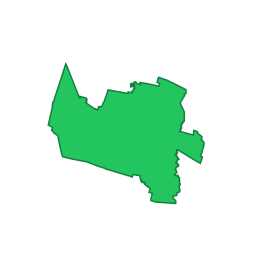 the district of Racari, Dâmbovita, Romania, rotated 52°
{"feature_id": "2599482B12647526032204", "entity_name": "Racari", "entity_type": "district", "adm_level": 2, "iso_a3": "ROU", "parent_name": "Romania", "parent_adm1": "Dâmbovita", "projection": "robinson", "projection_center": [25.768, 44.664], "detail": "fine", "context": "isolated", "style": "filled", "palette": "green", "viewbox_px": 256, "rotation_deg": 52, "n_neighbors": 0, "source": "geoboundaries", "source_scale": "gbopen_adm2", "svg_char_len": 5638}
<svg xmlns="http://www.w3.org/2000/svg" viewBox="0 0 256 256"><g transform="rotate(52 128 128)"><path d="M117.4,191.7L128.6,181.9L130.7,180.4L130.8,180.5L132.0,179.7L135.5,177.5L138.1,176.1L141.9,173.6L145.2,171.2L146.4,170.9L152.9,166.2L153.7,165.8L154.5,165.3L155.5,164.3L157.1,163.5L157.9,162.5L159.0,162.0L159.9,161.2L161.5,160.2L163.8,158.5L164.8,157.9L165.8,157.0L169.3,154.8L168.0,153.5L168.0,153.4L168.4,152.1L172.9,148.0L173.5,148.2L174.8,149.3L175.9,149.4L176.1,149.5L176.3,149.9L176.5,150.0L177.0,149.8L177.3,149.2L177.7,149.1L177.9,149.1L178.0,149.3L177.9,149.6L177.7,149.9L177.7,150.2L177.8,150.4L178.4,150.4L178.9,150.2L179.2,150.5L179.7,150.4L180.5,149.6L180.5,149.3L180.4,148.9L180.4,148.7L180.5,148.6L181.1,148.6L181.2,148.8L181.0,149.1L181.3,149.2L181.5,149.1L181.8,148.4L182.1,148.3L182.5,148.7L183.0,148.8L183.0,149.1L182.7,149.3L182.9,149.5L186.6,148.6L189.5,147.7L190.4,149.3L190.5,149.4L191.6,151.0L194.6,149.2L196.7,151.9L197.3,152.9L199.3,154.6L203.0,152.1L208.7,145.9L216.8,136.9L216.7,136.6L216.4,136.4L215.1,135.7L214.9,135.3L213.3,135.3L212.2,135.5L211.2,135.5L210.9,135.3L210.0,135.1L209.6,134.8L209.5,134.5L209.5,134.3L209.9,133.7L209.7,133.1L209.8,132.9L210.7,132.2L211.1,131.3L210.8,130.6L210.2,130.1L209.5,129.9L209.3,129.2L209.3,128.8L209.6,128.5L209.7,128.2L209.9,128.0L210.0,127.8L209.8,127.3L210.0,126.5L209.3,126.4L208.8,125.3L208.7,125.1L208.4,124.9L207.2,124.7L207.1,124.4L206.9,124.3L206.7,124.4L206.4,124.4L206.0,124.1L205.9,123.8L205.7,123.6L205.0,123.4L205.0,123.1L205.1,122.9L204.9,122.0L204.2,121.4L203.8,121.1L202.9,121.2L202.1,120.8L201.9,120.3L201.4,119.6L200.8,119.4L200.0,119.3L199.9,119.3L199.9,119.0L199.1,118.2L198.4,118.1L197.9,118.2L197.7,118.5L196.8,118.2L196.5,118.0L195.9,117.8L195.7,118.1L195.9,118.9L195.2,119.8L194.6,119.8L194.1,120.2L193.2,119.8L193.0,119.5L193.3,119.3L193.5,118.6L193.0,116.8L192.1,116.6L191.6,116.3L191.1,116.1L189.7,116.1L189.4,115.9L189.3,115.7L189.1,115.3L189.2,114.8L188.9,114.5L188.7,114.2L189.0,113.6L188.8,112.6L188.7,112.2L189.0,112.1L189.1,111.7L188.5,111.6L188.3,111.4L188.2,111.6L187.9,111.6L187.6,111.0L187.4,110.9L187.5,110.8L186.9,110.8L186.3,111.4L185.6,111.9L185.1,112.1L184.8,111.9L184.7,111.7L184.9,111.2L184.9,110.0L183.8,109.1L183.7,108.7L183.8,108.0L184.1,107.6L184.1,107.4L183.5,107.6L183.4,107.5L183.4,107.0L183.3,106.9L183.0,106.9L182.7,107.0L182.7,107.4L182.6,107.6L182.2,107.4L181.9,107.7L181.7,107.5L181.4,107.5L180.7,107.3L180.6,107.1L180.7,106.9L180.6,106.7L180.3,106.6L179.6,106.7L179.0,106.5L178.7,106.9L178.7,106.5L178.5,106.4L178.0,106.7L177.9,106.6L178.1,106.2L177.6,105.8L177.7,105.7L178.2,105.7L178.4,105.6L178.3,105.3L178.2,105.2L177.8,105.2L177.7,105.1L178.0,104.8L178.0,104.4L177.9,104.2L177.2,104.1L176.6,103.5L176.0,103.8L175.9,103.7L176.1,103.4L176.0,103.2L175.4,103.3L175.3,103.2L175.5,103.0L175.6,102.4L176.1,102.1L192.2,96.1L200.4,92.8L196.7,87.2L194.9,88.0L192.7,84.7L192.3,84.0L191.9,83.6L190.9,82.5L189.3,79.9L187.8,78.8L187.5,77.9L187.1,77.6L186.1,77.2L185.5,76.9L185.3,77.0L184.5,77.5L184.3,77.4L184.0,77.0L183.8,77.0L183.3,77.4L182.7,77.4L182.2,77.6L182.0,76.8L181.8,76.3L180.9,75.6L180.6,75.2L180.0,75.2L178.6,75.4L177.8,75.7L176.5,76.1L175.7,76.5L175.5,76.4L174.7,75.7L174.1,75.7L173.6,75.6L173.4,75.6L172.8,76.3L171.7,76.5L171.5,77.2L171.0,77.4L170.5,77.6L173.7,80.9L162.4,89.4L162.4,89.1L162.5,88.4L162.2,88.2L162.0,87.7L161.3,87.7L160.9,87.3L161.0,87.1L161.5,86.9L161.3,86.2L161.1,86.0L160.6,85.8L160.6,85.4L160.3,85.2L159.7,85.3L159.2,84.8L158.8,84.7L158.9,84.4L158.6,83.9L158.3,83.8L158.0,83.8L158.0,83.5L158.0,83.3L157.9,83.0L158.1,82.6L157.5,82.2L157.2,82.1L157.6,81.7L156.8,80.8L156.9,80.6L157.5,80.3L157.5,80.1L156.9,79.2L156.1,78.4L154.6,77.4L150.0,73.7L142.8,72.2L140.2,71.2L137.3,63.3L136.4,63.3L136.0,62.5L136.1,61.7L136.4,61.2L136.5,61.1L133.5,58.7L121.4,64.4L117.0,66.6L114.2,67.9L106.9,72.7L108.2,74.8L109.0,75.8L110.1,77.0L112.4,75.8L112.7,76.0L114.1,77.9L104.6,85.8L99.5,90.6L101.4,91.8L97.9,93.8L96.4,93.5L95.9,94.5L96.0,94.7L95.6,95.3L95.6,95.8L96.6,95.9L96.9,96.3L97.1,96.5L97.4,96.5L97.4,96.0L97.5,95.9L97.7,96.0L97.9,96.1L97.9,96.7L97.6,97.1L97.3,97.3L97.0,97.3L96.7,97.0L96.5,97.4L96.2,97.5L96.4,97.9L96.3,98.2L96.0,98.3L95.8,98.2L95.6,97.8L95.4,97.7L95.1,97.9L94.8,98.2L94.8,98.4L95.7,99.6L96.6,100.0L97.3,100.6L97.5,100.4L97.5,100.2L97.1,99.7L97.0,99.2L96.7,99.0L97.4,98.7L97.6,98.7L97.8,98.8L98.1,98.6L98.6,98.6L98.2,98.0L98.7,97.8L98.8,97.5L99.1,97.4L99.1,97.9L99.3,97.4L100.5,97.8L100.7,98.0L100.8,98.2L100.8,98.6L100.6,99.1L100.9,99.1L101.4,99.3L101.5,99.5L101.3,100.2L101.4,100.6L101.4,101.0L101.5,101.1L102.0,101.5L101.8,101.9L101.4,101.9L101.4,102.0L102.2,102.4L102.2,102.7L102.1,103.1L102.7,103.3L99.6,105.6L100.1,106.1L100.9,106.7L85.7,120.2L89.6,125.9L89.7,126.3L91.7,129.5L92.3,130.1L92.7,130.9L92.8,131.3L92.7,131.9L93.1,132.3L94.1,133.5L94.4,134.0L94.4,134.8L94.8,135.7L94.7,135.9L94.3,136.1L94.2,136.3L94.3,136.8L94.3,137.3L93.2,137.8L93.0,138.0L93.2,138.4L93.4,138.5L94.0,138.9L94.3,139.8L95.0,140.6L95.1,140.9L94.9,141.1L94.1,141.5L92.9,141.8L92.4,142.3L92.5,142.5L82.0,145.7L81.9,145.3L82.0,144.6L81.9,144.3L81.6,144.2L80.6,144.4L80.5,143.6L80.6,143.4L80.5,143.0L80.3,142.8L79.4,142.7L79.0,142.4L78.0,143.1L73.5,146.4L74.8,147.4L74.6,147.8L42.1,138.2L39.2,137.6L43.9,144.6L45.4,146.6L52.2,156.9L58.2,165.8L60.7,169.3L60.9,169.2L61.1,169.5L61.3,170.7L61.3,171.5L61.7,171.8L62.3,171.9L62.8,172.9L63.2,173.1L63.6,173.7L63.9,173.9L64.5,174.0L65.1,174.9L76.6,189.0L81.0,187.1L82.8,189.6L84.6,189.2L85.7,189.3L85.9,189.6L86.1,189.6L90.8,188.0L91.0,188.0L92.4,188.9L104.7,194.9L110.3,197.3L117.4,191.7Z" fill="#22c55e" stroke="#15803d" stroke-width="1.5"/></g></svg>